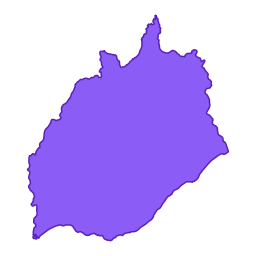 outline of Iliomar, Lautém, East Timor
{"feature_id": "22284137B19934279863207", "entity_name": "Iliomar", "entity_type": "district", "adm_level": 2, "iso_a3": "TLS", "parent_name": "East Timor", "parent_adm1": "Lautém", "projection": "equal_earth", "projection_center": [126.838, -8.666], "detail": "fine", "context": "isolated", "style": "filled", "palette": "violet", "viewbox_px": 256, "rotation_deg": 0, "n_neighbors": 0, "source": "geoboundaries", "source_scale": "gbopen_adm2", "svg_char_len": 5696}
<svg xmlns="http://www.w3.org/2000/svg" viewBox="0 0 256 256"><path d="M29.6,155.7L29.1,157.3L28.9,161.4L28.9,162.3L29.6,164.7L29.7,166.2L29.0,168.2L27.6,169.2L27.6,169.7L28.0,170.4L29.6,171.4L29.8,172.0L29.8,173.9L29.1,175.2L28.7,177.5L29.0,178.7L29.9,180.2L30.2,181.4L30.4,182.8L30.1,184.0L28.8,185.8L28.6,186.7L28.9,187.8L29.6,188.4L30.2,190.1L33.1,192.8L33.7,193.9L34.4,196.2L34.3,197.0L33.4,198.7L33.3,200.6L32.8,202.0L31.3,204.0L31.3,204.7L32.0,205.6L32.5,206.0L33.0,206.0L34.1,205.6L34.4,205.0L36.0,204.9L36.6,205.6L37.0,206.9L36.6,210.0L37.1,212.6L37.1,213.9L36.9,215.0L36.1,216.4L34.2,218.1L33.8,219.6L33.7,221.7L33.8,222.7L35.2,224.0L35.8,225.1L35.6,226.6L35.3,227.0L34.6,227.3L34.0,228.2L33.4,231.1L33.2,234.9L35.1,234.5L35.8,234.7L36.3,235.4L36.9,236.6L38.6,238.1L38.8,238.1L39.8,236.3L40.7,235.4L47.7,230.2L50.7,228.2L51.3,228.1L55.5,226.1L58.2,225.3L60.4,224.9L61.4,225.0L62.0,225.6L63.0,225.8L64.6,225.5L66.2,224.8L70.2,225.1L71.5,225.4L73.2,226.7L73.6,227.8L74.2,228.7L75.1,229.5L75.4,230.7L76.6,231.6L77.8,232.2L78.3,232.3L79.7,231.7L80.7,231.7L83.4,233.2L84.7,234.5L86.2,235.2L87.5,235.4L89.0,235.2L91.4,233.9L93.8,233.5L95.0,233.6L95.7,234.4L97.6,235.3L98.3,235.0L98.7,235.5L100.9,235.8L101.6,235.6L102.5,235.8L103.0,236.4L103.9,238.2L104.5,238.9L105.6,239.5L106.7,239.7L107.1,240.3L107.6,240.1L110.7,240.6L112.0,240.0L113.6,238.1L115.6,237.5L115.9,237.2L116.2,236.3L117.1,235.8L119.5,235.0L120.4,235.0L121.7,235.1L122.6,235.5L123.4,234.5L125.3,233.2L129.0,232.5L130.1,232.6L131.1,231.7L133.8,231.7L134.3,231.5L135.8,231.3L138.3,229.6L140.7,227.3L145.4,224.3L149.5,220.8L150.7,220.2L152.5,218.4L152.8,217.5L153.3,217.0L153.8,215.0L157.0,210.0L157.7,209.4L159.7,208.4L161.5,205.8L162.5,203.8L164.5,201.4L167.0,197.5L168.5,196.1L169.6,195.8L171.3,194.5L172.1,193.7L173.2,191.3L173.6,190.8L174.9,189.9L175.8,189.7L178.3,188.4L180.2,186.3L182.0,184.8L186.5,181.7L188.9,181.9L190.3,181.7L192.2,182.2L193.6,181.3L194.5,181.2L194.6,180.7L195.8,180.3L197.4,178.8L198.4,177.4L199.3,174.7L202.3,170.7L207.6,164.5L210.9,161.0L211.6,160.5L211.7,160.3L218.2,155.5L220.5,154.2L222.2,153.6L223.1,153.9L223.6,154.4L224.7,154.1L226.0,153.5L228.3,151.8L228.4,151.5L225.9,144.0L225.4,142.9L224.7,142.0L223.2,141.2L222.9,138.4L222.5,137.4L221.2,136.3L219.2,135.2L218.3,134.4L217.6,131.7L217.4,129.0L217.1,127.5L216.1,126.3L212.9,124.4L212.6,124.0L212.3,121.4L213.0,120.1L212.8,119.0L209.7,115.4L208.3,114.5L207.3,114.2L206.7,113.5L206.5,112.5L209.3,107.7L209.9,105.1L209.6,103.3L209.4,99.5L207.3,95.1L205.5,93.6L205.1,92.8L205.1,91.6L205.8,89.6L206.3,89.0L207.2,88.5L209.7,88.0L210.1,87.7L211.7,85.2L211.1,84.3L211.0,83.6L211.4,82.1L211.2,81.4L210.4,80.3L208.6,79.2L207.7,76.8L207.6,76.4L208.2,75.0L207.9,73.6L205.4,70.7L204.1,68.2L202.2,67.1L202.0,66.5L202.1,65.9L202.8,64.6L204.7,61.7L204.8,61.0L204.6,60.5L204.3,60.1L203.9,60.1L201.6,61.6L201.3,61.4L200.3,58.3L197.5,57.2L195.8,55.7L195.6,55.2L195.6,54.6L196.3,53.7L197.0,51.9L197.0,51.4L196.4,50.4L195.7,50.0L193.5,49.9L191.8,51.2L191.7,53.0L191.0,53.3L187.6,53.4L187.2,53.5L185.1,55.2L184.9,56.5L184.5,56.7L180.1,56.1L178.9,54.5L177.4,53.6L176.2,52.1L175.0,51.2L173.7,50.6L172.2,50.5L169.2,52.5L166.9,53.2L162.9,51.9L161.6,51.1L160.1,49.3L159.5,47.6L159.4,45.6L158.7,42.7L159.0,40.3L158.8,39.9L157.4,38.7L157.4,38.3L158.2,37.1L158.1,35.8L158.2,34.6L158.9,33.6L159.2,33.7L159.8,33.4L160.4,32.6L160.5,31.2L160.1,30.1L160.6,28.6L160.6,28.0L160.3,27.6L159.7,27.4L159.5,26.7L159.7,25.4L159.6,24.8L158.7,23.5L158.6,22.3L157.9,20.7L158.0,19.2L157.7,18.6L157.4,18.6L156.9,17.8L156.2,15.6L155.5,15.4L155.0,15.9L155.4,17.7L155.8,18.4L155.5,19.0L154.9,19.7L154.1,18.7L153.7,19.1L152.9,21.2L153.0,21.8L154.0,23.0L154.2,23.6L154.0,24.2L152.0,24.6L151.8,24.0L151.5,23.7L150.4,24.2L150.1,24.5L148.6,24.2L148.3,25.0L147.6,25.1L147.4,25.5L147.5,26.0L148.3,26.4L148.2,27.4L147.5,27.7L146.0,28.8L146.1,29.4L146.5,29.9L146.7,30.5L146.3,31.4L146.3,32.2L146.5,32.7L145.8,34.0L145.1,33.9L144.2,34.3L143.7,35.1L143.8,35.5L143.2,36.5L143.4,37.1L142.5,37.3L141.7,38.5L141.4,39.5L141.6,40.1L141.9,40.1L141.8,41.2L142.1,43.1L141.8,44.3L142.0,44.9L141.9,46.2L140.9,49.2L139.9,50.7L139.5,52.5L138.8,54.1L138.2,55.0L135.9,57.3L134.8,57.6L133.6,59.2L133.0,58.9L132.6,58.9L131.7,60.4L130.0,61.7L129.0,63.1L127.5,64.6L126.5,64.8L125.9,65.8L123.8,66.9L122.5,67.0L121.3,67.4L120.8,67.3L120.1,66.0L119.5,63.9L119.5,61.7L119.3,61.2L118.4,60.9L116.9,58.7L116.7,58.0L116.6,56.4L116.3,55.7L115.4,55.0L114.7,55.1L114.4,54.9L108.1,53.7L105.9,52.8L104.3,50.7L104.0,50.7L102.8,51.6L101.0,51.2L99.9,52.1L99.8,52.9L100.0,54.1L101.2,57.1L101.1,57.6L100.3,58.6L100.1,60.1L101.4,61.5L101.5,64.4L102.8,67.1L102.8,67.6L100.8,68.8L99.5,70.9L99.5,71.8L100.1,72.3L100.7,72.2L101.1,72.4L101.3,75.3L101.5,75.9L101.1,77.4L98.9,77.3L98.2,76.6L97.8,75.6L97.0,75.4L95.5,75.6L94.6,76.1L93.4,77.6L92.9,77.7L91.5,77.4L90.4,78.5L89.5,79.0L88.5,79.0L86.7,78.3L85.3,78.2L83.6,78.8L82.2,79.7L80.8,79.4L80.3,79.6L78.3,81.5L77.6,81.8L76.5,83.3L75.5,84.0L75.2,84.6L75.1,86.6L73.3,91.2L71.5,93.6L70.8,96.3L69.5,98.7L68.7,99.3L67.1,102.1L66.7,102.3L65.6,103.5L63.4,104.6L61.7,107.1L61.4,108.9L61.8,111.9L61.6,112.3L60.8,113.1L59.7,115.1L59.9,115.8L60.9,117.6L60.8,118.3L59.7,119.4L56.0,120.6L54.9,119.9L53.3,119.4L51.8,119.6L51.1,120.9L50.4,123.4L48.0,126.9L45.5,129.5L45.2,130.0L44.4,132.2L43.9,137.6L43.5,139.4L42.8,140.9L42.0,141.3L40.5,142.6L40.0,143.3L39.7,144.3L39.6,145.5L40.0,147.2L39.7,147.5L38.6,147.9L37.6,149.1L36.1,151.7L35.3,154.8L34.7,154.6L33.5,153.7L33.2,153.6L31.9,154.4L31.3,155.5L29.6,155.7ZM34.7,235.5L33.7,236.6L33.0,236.9L33.1,237.8L33.7,238.5L34.8,238.5L36.1,239.0L36.8,238.7L36.7,237.9L36.0,236.9L35.8,236.1L35.4,235.6L34.7,235.5Z" fill="#8b5cf6" stroke="#5b21b6" stroke-width="1.5"/></svg>